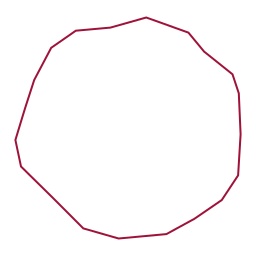 Shaki City, Şəki, Azerbaijan (Mercator projection)
{"feature_id": "54616110B24616396985677", "entity_name": "Shaki City", "entity_type": "district", "adm_level": 2, "iso_a3": "AZE", "parent_name": "Azerbaijan", "parent_adm1": "Şəki", "projection": "mercator", "projection_center": [47.188, 41.208], "detail": "fine", "context": "isolated", "style": "outline", "palette": "rose", "viewbox_px": 256, "rotation_deg": 0, "n_neighbors": 0, "source": "geoboundaries", "source_scale": "gbopen_adm2", "svg_char_len": 407}
<svg xmlns="http://www.w3.org/2000/svg" viewBox="0 0 256 256"><path d="M190.7,220.8L194.1,219.0L221.8,200.0L238.1,175.4L240.6,134.3L238.8,93.3L232.5,74.3L204.1,51.6L188.4,32.6L180.6,29.8L146.2,17.5L110.4,27.6L75.8,30.7L51.2,47.8L34.2,80.0L25.4,107.2L22.5,116.6L15.4,140.0L21.0,166.5L30.2,175.6L53.1,198.1L83.3,228.4L118.6,238.5L166.4,234.1L190.7,220.8Z" fill="none" stroke="#9f1239" stroke-width="2"/></svg>